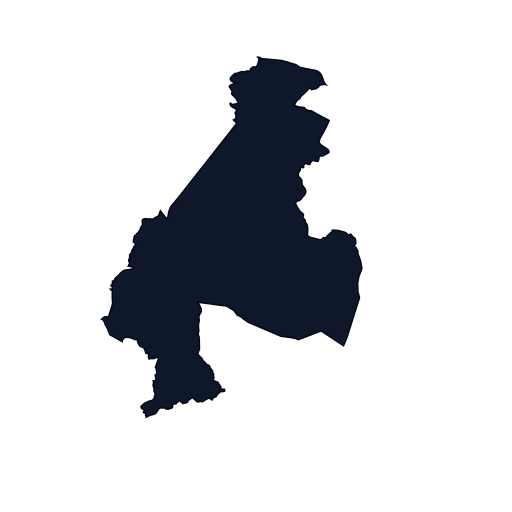 outline of Quiroga, Michoacán, Mexico, rotated 116°
{"feature_id": "50627088B77362230794456", "entity_name": "Quiroga", "entity_type": "district", "adm_level": 2, "iso_a3": "MEX", "parent_name": "Mexico", "parent_adm1": "Michoacán", "projection": "robinson", "projection_center": [-101.552, 19.708], "detail": "fine", "context": "isolated", "style": "filled", "palette": "ink", "viewbox_px": 512, "rotation_deg": 116, "n_neighbors": 0, "source": "geoboundaries", "source_scale": "gbopen_adm2", "svg_char_len": 6115}
<svg xmlns="http://www.w3.org/2000/svg" viewBox="0 0 512 512"><g transform="rotate(116 256 256)"><path d="M380.5,367.1L380.4,365.9L381.5,363.8L382.3,362.8L383.6,361.8L386.2,357.8L390.8,353.0L391.6,338.7L390.0,339.3L387.8,338.5L387.3,338.6L386.4,337.9L385.1,335.1L384.5,332.7L384.2,329.8L384.2,328.2L383.2,325.2L384.9,324.9L387.1,322.5L388.0,320.8L387.8,318.5L387.9,316.3L388.4,315.4L391.6,312.4L391.6,311.4L390.7,310.2L390.6,309.5L393.1,308.9L395.5,307.0L394.5,306.0L392.9,302.7L389.7,300.0L391.6,298.6L400.1,297.6L400.6,296.8L404.4,293.8L406.5,293.9L407.0,294.4L408.2,293.9L408.9,292.9L411.2,291.9L412.5,291.9L413.2,293.6L414.5,292.7L417.4,291.8L420.4,289.1L422.0,288.6L423.6,286.6L425.0,286.0L429.1,285.2L430.2,285.5L432.0,286.6L432.1,287.1L433.0,288.1L437.1,291.6L439.2,292.6L441.8,293.4L443.1,292.0L443.2,290.2L443.9,288.3L445.8,288.9L446.0,288.7L446.1,286.1L446.5,285.2L447.7,285.4L448.1,284.8L449.1,284.0L445.5,281.3L443.5,278.9L441.9,277.5L440.9,277.0L435.4,276.2L435.0,275.8L433.7,274.2L433.8,273.5L432.7,272.4L432.9,270.2L432.7,270.2L432.4,268.1L432.2,267.6L431.2,267.0L430.9,266.3L429.0,264.7L428.1,264.9L426.6,265.6L424.9,265.1L424.4,263.6L423.8,263.1L422.4,262.9L420.9,261.9L419.6,261.7L419.3,260.9L420.2,259.4L420.3,257.9L420.7,256.9L420.0,256.4L419.1,254.9L417.6,253.6L415.5,253.5L414.3,253.1L413.9,252.5L413.0,252.3L411.7,251.5L411.2,250.5L412.8,245.2L412.6,244.1L412.4,243.6L410.8,242.4L410.8,240.8L410.5,240.3L406.8,238.0L404.4,236.2L404.3,235.2L404.7,232.4L401.3,232.1L400.9,231.8L400.8,231.1L400.0,230.2L397.8,230.2L393.7,228.5L391.5,225.1L390.8,225.0L389.8,225.7L389.7,226.5L390.4,227.2L390.2,227.7L391.3,230.1L389.7,230.9L389.8,230.2L389.0,230.1L388.4,231.9L387.7,232.4L387.6,232.9L387.3,233.2L386.7,234.4L386.2,234.5L386.6,240.0L386.5,240.4L384.2,240.3L382.2,241.8L380.9,242.2L380.4,242.7L380.5,243.4L378.4,244.6L376.9,247.6L375.2,249.7L374.9,250.5L375.2,252.6L373.6,256.2L373.5,257.3L373.1,258.1L371.7,259.7L370.9,262.0L370.6,263.6L369.0,265.6L364.4,266.0L356.7,270.0L353.2,272.0L353.2,272.6L350.5,274.2L348.6,274.4L343.4,277.5L338.7,278.8L335.8,280.7L335.1,280.9L332.5,281.0L330.2,280.7L327.9,281.8L327.2,282.3L323.0,287.8L313.9,260.4L314.6,252.1L317.5,246.7L317.5,245.9L317.1,245.2L317.5,242.1L317.1,240.9L317.9,240.6L319.0,234.2L317.2,198.4L313.9,188.5L312.7,183.8L312.6,181.2L294.8,164.6L298.3,138.0L290.2,138.4L248.1,144.7L243.3,148.8L235.8,152.7L229.7,154.5L220.6,155.4L214.1,160.3L208.9,165.7L206.9,166.6L207.2,167.3L206.1,167.7L205.7,169.4L204.8,169.2L203.8,172.3L200.7,171.8L196.9,174.3L196.3,177.2L194.8,180.5L195.7,180.9L196.3,181.5L196.5,183.1L196.0,184.5L195.7,186.6L197.1,193.6L198.7,197.6L199.5,198.8L200.5,198.3L201.5,198.5L203.6,199.6L205.4,200.0L206.5,200.9L208.4,200.8L209.2,201.4L209.8,203.4L211.3,203.9L212.9,205.0L213.4,205.7L215.5,215.9L215.2,218.6L207.9,221.9L205.0,224.2L203.8,226.8L202.4,227.2L200.9,230.8L197.8,231.5L196.4,236.3L194.0,240.3L191.3,243.8L190.0,243.6L188.6,243.0L187.1,241.3L185.2,240.3L182.7,240.0L179.7,239.1L177.4,239.1L176.1,239.6L174.6,240.7L173.6,242.0L172.3,245.0L171.4,245.9L167.5,248.3L167.2,249.6L166.5,250.0L166.0,252.7L165.1,253.0L162.9,254.4L162.2,254.2L161.2,254.3L159.4,253.8L157.2,255.0L156.7,254.8L156.1,252.6L155.6,252.0L154.1,252.7L153.1,252.9L152.1,252.6L151.3,252.0L150.8,251.0L150.6,248.6L150.3,248.0L149.7,247.8L146.6,247.7L145.5,247.0L145.0,246.1L144.2,242.6L143.6,241.8L142.1,241.8L139.6,242.7L138.3,242.4L137.7,241.7L137.2,240.4L136.4,239.5L131.4,236.1L130.4,236.0L129.2,237.3L128.7,238.2L127.7,245.8L126.5,249.4L124.2,249.6L122.9,250.0L110.0,249.4L102.1,249.6L101.6,264.5L101.2,270.0L101.9,271.3L102.3,273.2L102.4,275.2L101.4,277.8L102.8,281.6L103.6,284.4L103.6,286.4L103.0,287.8L98.8,287.4L98.0,286.9L97.6,287.1L95.0,285.5L93.9,286.0L88.3,283.7L82.7,281.9L80.9,280.8L82.1,279.1L79.3,275.3L76.3,273.8L75.5,273.9L74.6,273.6L72.2,270.7L71.9,269.6L71.4,268.8L71.3,268.3L71.0,269.2L70.4,270.5L64.4,276.8L63.5,278.6L63.1,280.2L62.9,282.0L63.1,283.8L67.1,298.6L67.1,300.1L66.6,303.1L66.6,304.6L68.8,317.6L69.5,320.0L75.9,336.9L76.1,338.1L75.9,340.1L76.4,341.6L76.6,341.8L76.9,340.9L76.8,340.5L78.3,339.5L81.0,338.6L82.7,338.6L84.2,338.2L84.7,338.6L86.2,338.8L86.8,340.5L87.4,341.6L88.0,342.0L89.0,342.3L90.1,343.0L90.6,342.9L91.1,342.3L92.3,342.4L93.7,345.3L94.6,346.3L95.4,346.8L96.0,348.1L96.3,349.5L100.3,353.5L100.9,354.2L101.3,355.2L102.7,355.4L103.8,356.1L106.0,356.8L107.2,357.0L108.0,356.8L108.3,356.4L108.7,356.4L109.7,354.5L109.7,353.6L109.5,353.4L109.8,352.6L109.7,351.5L110.4,350.7L112.8,353.3L114.9,354.5L115.6,354.0L116.1,353.4L115.9,353.2L116.6,352.1L117.4,351.3L119.0,348.9L119.1,349.2L120.7,349.3L121.8,347.5L122.1,345.9L122.9,344.4L122.7,343.3L124.1,342.0L125.4,339.7L126.6,339.3L127.1,339.6L129.8,342.9L130.2,344.0L129.9,345.9L130.6,346.1L132.1,344.4L132.5,342.3L132.7,339.2L132.6,338.6L133.3,337.8L133.5,337.2L135.0,337.1L135.7,337.6L136.3,337.6L137.5,336.4L139.3,335.2L141.2,334.4L142.1,334.6L142.4,334.9L142.5,335.5L143.6,336.0L144.1,335.0L144.1,334.2L143.8,333.6L144.6,333.0L144.5,332.7L144.3,332.7L145.7,331.6L236.6,351.2L248.8,354.2L253.0,354.0L256.9,353.2L258.4,352.5L260.8,352.5L261.9,352.3L257.3,361.8L260.8,361.5L261.9,360.8L268.8,365.5L268.7,367.0L269.5,368.0L270.9,371.7L272.0,373.3L273.1,373.9L274.7,373.5L277.7,371.5L278.3,371.9L281.6,372.1L282.7,371.6L287.3,372.4L287.9,372.6L288.2,373.1L289.2,372.9L290.3,373.4L290.5,373.8L292.3,374.0L292.7,373.3L294.4,373.4L297.2,372.4L297.4,370.2L297.6,369.9L298.6,369.6L299.1,368.8L299.8,368.8L300.0,369.4L301.3,369.8L304.2,369.7L305.7,370.0L306.1,369.9L306.2,369.2L307.6,368.9L308.2,369.7L310.5,370.1L310.9,369.6L312.4,369.2L313.8,368.4L314.6,368.8L316.5,368.2L316.8,367.1L318.3,366.5L318.3,366.0L319.6,366.5L320.1,366.0L321.1,366.3L320.7,365.4L320.2,362.1L320.4,361.1L321.6,361.1L326.0,367.3L327.4,368.7L331.1,370.4L333.1,370.9L337.7,372.8L340.2,372.7L341.7,374.0L344.2,372.6L344.3,372.9L344.9,373.2L345.9,373.5L346.5,373.0L346.4,372.1L346.7,371.6L348.7,370.6L349.6,372.3L349.8,371.5L350.1,371.5L350.2,369.9L355.4,367.5L361.6,364.0L373.9,362.1L375.6,362.5L377.0,365.3L378.5,366.3L380.5,367.1Z" fill="#0f172a" stroke="#020617" stroke-width="1.5"/></g></svg>